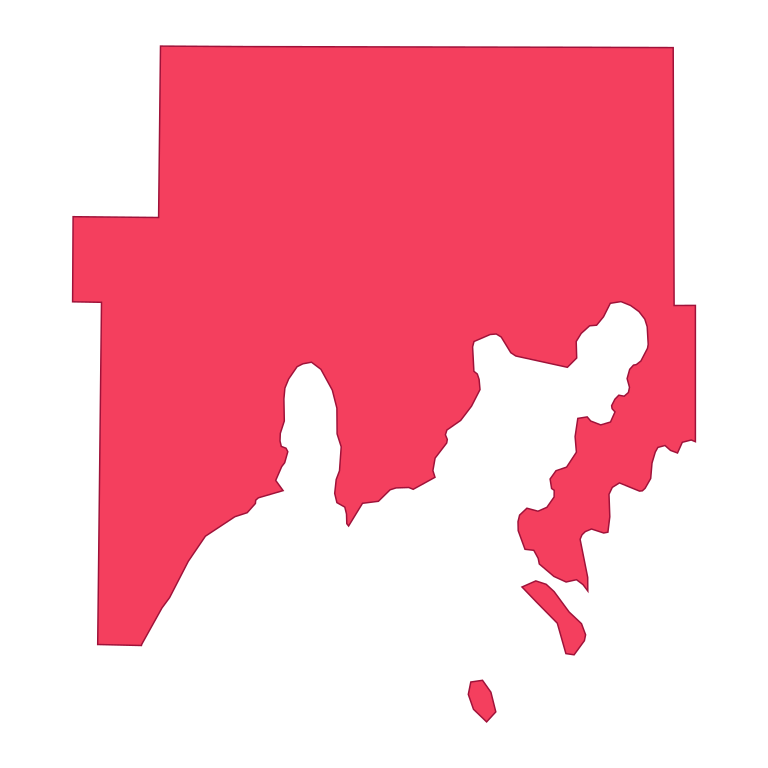 outline of Delta, Michigan, United States of America
{"feature_id": "52423323B33071012110006", "entity_name": "Delta", "entity_type": "district", "adm_level": 2, "iso_a3": "USA", "parent_name": "United States of America", "parent_adm1": "Michigan", "projection": "albers", "projection_center": [-86.773, 45.817], "detail": "fine", "context": "isolated", "style": "filled", "palette": "rose", "viewbox_px": 768, "rotation_deg": 0, "n_neighbors": 0, "source": "geoboundaries", "source_scale": "gbopen_adm2", "svg_char_len": 2275}
<svg xmlns="http://www.w3.org/2000/svg" viewBox="0 0 768 768"><path d="M141.4,645.5L141.9,644.0L162.0,607.9L169.6,597.6L188.3,561.3L205.4,536.2L234.9,516.7L247.2,512.7L255.4,503.5L255.7,500.2L258.4,497.8L283.1,490.6L275.7,480.4L281.7,466.6L284.7,462.7L287.8,451.7L286.0,448.2L281.3,446.4L280.0,441.0L280.3,433.4L284.3,421.0L283.9,398.9L284.9,388.1L288.7,378.9L297.1,366.7L302.9,363.8L311.5,362.2L320.9,369.3L332.3,390.1L336.9,408.2L337.1,433.9L341.2,446.8L339.5,470.8L336.2,479.5L334.7,493.4L336.9,502.6L344.8,507.1L346.5,514.0L346.8,523.7L348.6,526.0L362.5,503.3L378.4,501.3L390.1,489.8L396.1,487.9L408.8,487.5L413.2,489.3L435.0,477.3L432.9,470.6L435.1,458.1L446.7,443.0L447.3,439.4L445.4,434.8L446.9,430.0L460.7,420.4L471.5,406.2L480.0,389.6L479.1,379.4L477.3,374.0L473.9,371.3L472.6,346.9L474.0,341.5L490.2,334.5L496.3,334.0L501.2,337.0L510.8,352.7L515.8,356.0L567.4,367.3L576.7,358.0L576.2,341.5L581.2,333.4L589.6,325.8L596.6,325.2L603.5,316.8L610.3,303.3L621.0,301.6L630.6,305.5L639.0,311.6L644.8,319.1L647.2,326.7L648.2,344.4L647.5,348.3L640.9,361.0L636.3,364.6L633.5,365.1L629.7,369.3L627.1,378.6L629.5,387.3L628.4,392.5L624.2,396.2L618.8,395.2L614.9,399.2L611.6,405.7L612.1,408.7L615.0,411.9L610.5,422.0L600.7,424.9L590.7,421.0L587.2,416.9L577.8,418.4L575.1,436.6L576.4,452.2L566.6,467.1L556.0,470.7L550.1,479.0L551.6,488.5L554.2,490.3L554.1,497.0L546.9,507.3L538.0,511.2L526.9,508.2L519.6,515.1L518.0,521.6L518.2,530.7L525.0,549.3L533.8,550.3L538.2,558.4L539.3,564.0L553.9,576.4L566.1,582.0L576.5,579.7L583.0,584.6L587.8,591.0L587.7,577.4L580.1,539.3L582.0,534.8L585.3,531.6L591.5,529.0L603.7,533.0L607.9,532.2L609.8,516.8L609.0,494.3L612.3,487.4L619.4,482.9L639.5,491.1L642.4,490.8L645.1,488.3L650.7,478.5L652.0,463.1L655.3,452.0L657.9,447.4L665.0,445.5L670.5,450.4L677.5,453.0L682.3,442.3L691.2,440.0L695.4,441.7L695.4,305.4L674.1,305.5L673.2,47.6L587.6,47.3L246.1,46.6L160.5,46.1L158.6,217.5L73.1,216.7L72.6,301.8L101.5,302.3L97.7,644.5L141.4,645.5ZM535.8,580.9L522.0,587.0L536.3,601.9L557.3,623.2L565.9,653.6L574.1,654.8L584.4,640.7L585.6,634.8L581.5,623.7L569.1,612.0L554.1,591.6L546.2,584.3L535.8,580.9ZM470.8,682.0L468.3,694.4L473.5,709.3L486.6,721.9L495.8,711.9L490.9,692.2L482.5,680.3L470.8,682.0Z" fill="#f43f5e" stroke="#9f1239" stroke-width="1.5"/></svg>